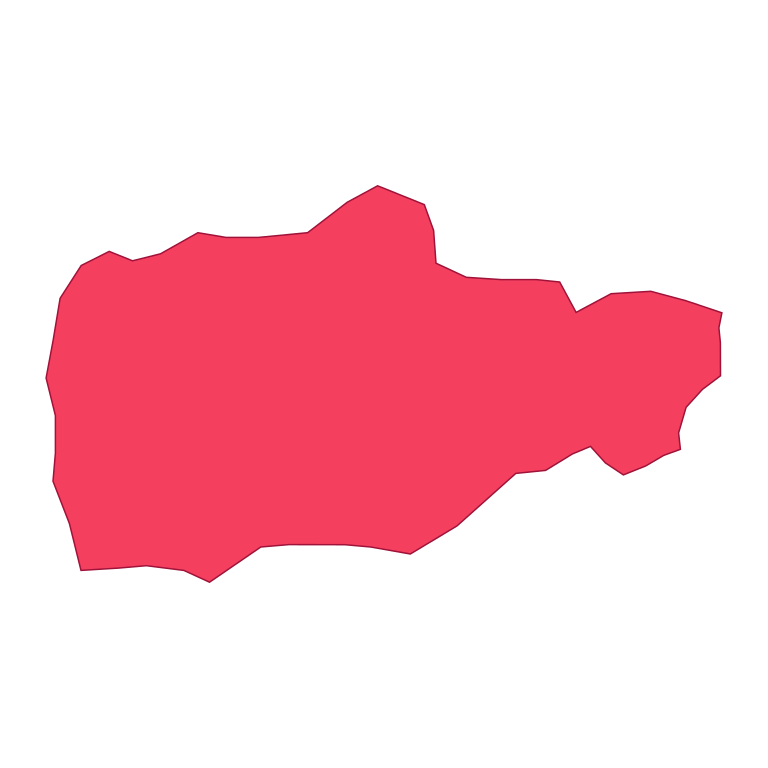 Aglantzia, Nicosia, Cyprus (Albers equal-area conic projection)
{"feature_id": "46923920B61795376722759", "entity_name": "Aglantzia", "entity_type": "district", "adm_level": 2, "iso_a3": "CYP", "parent_name": "Cyprus", "parent_adm1": "Nicosia", "projection": "albers", "projection_center": [33.427, 35.144], "detail": "fine", "context": "isolated", "style": "filled", "palette": "rose", "viewbox_px": 768, "rotation_deg": 0, "n_neighbors": 0, "source": "geoboundaries", "source_scale": "gbopen_adm2", "svg_char_len": 795}
<svg xmlns="http://www.w3.org/2000/svg" viewBox="0 0 768 768"><path d="M721.9,312.8L685.8,300.7L650.8,291.3L611.1,293.7L576.1,312.4L559.7,282.0L536.4,279.6L501.3,279.6L466.3,277.3L436.0,263.2L433.6,230.4L424.3,204.6L377.6,185.8L347.3,202.2L307.6,232.7L258.6,237.4L225.9,237.4L197.9,232.7L160.5,253.8L132.5,260.8L109.2,251.4L81.2,265.5L60.1,298.3L53.1,340.5L46.1,378.0L55.4,415.6L55.4,453.1L53.0,481.2L69.4,523.5L81.0,570.4L118.4,568.1L146.4,565.7L183.8,570.4L209.5,582.2L260.8,547.0L288.9,544.6L344.9,544.7L370.6,547.0L410.3,554.0L457.0,525.9L515.8,473.4L545.6,470.4L572.5,453.9L590.5,446.4L605.4,462.9L623.4,474.9L645.8,465.9L663.7,455.4L680.4,449.3L678.6,432.9L686.1,407.3L702.5,389.3L720.5,375.8L720.4,342.8L718.9,327.8L721.9,312.8Z" fill="#f43f5e" stroke="#9f1239" stroke-width="1.5"/></svg>